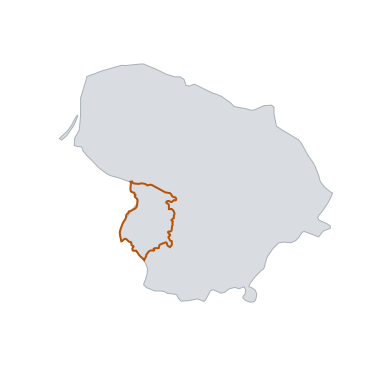 where Marijampoles sits in Lithuania, rotated 18°
{"feature_id": "LTU-1070", "entity_name": "Marijampoles", "entity_type": "County", "adm_level": 1, "iso_a3": "LTU", "parent_name": "Lithuania", "parent_adm1": "", "projection": "mercator", "projection_center": [23.274, 54.666], "detail": "fine", "context": "in_parent", "style": "outline", "palette": "amber", "viewbox_px": 384, "rotation_deg": 18, "n_neighbors": 0, "source": "natural_earth", "source_scale": "10m", "svg_char_len": 4712}
<svg xmlns="http://www.w3.org/2000/svg" viewBox="0 0 384 384"><g transform="rotate(18 192 192)"><path d="M139.9,260.7L137.9,256.6L135.7,249.3L135.9,243.5L137.2,237.6L143.1,220.3L142.7,217.5L138.5,212.6L133.2,209.1L130.2,201.6L119.5,201.2L109.4,201.6L106.2,201.2L96.5,198.1L87.2,193.0L81.0,190.0L75.8,186.7L73.0,183.2L68.5,184.1L65.5,184.1L65.5,183.5L63.8,177.3L65.6,167.8L62.4,153.8L57.0,136.9L56.7,118.8L56.3,114.7L69.3,104.4L85.8,93.3L89.6,92.3L104.7,85.7L106.8,85.2L120.4,86.4L131.2,88.0L140.2,87.8L145.2,86.1L149.7,87.5L153.4,92.5L157.1,91.9L160.8,88.7L181.1,91.6L185.6,91.5L190.8,92.0L200.3,95.0L205.8,97.7L217.8,96.1L222.9,96.0L225.6,94.9L233.9,87.5L237.5,86.2L240.8,84.8L243.8,86.0L245.8,92.3L251.9,103.3L258.6,105.2L277.0,109.4L280.7,111.6L291.1,121.3L297.3,126.0L301.3,129.7L307.3,137.1L310.8,142.4L316.6,146.4L323.5,149.1L326.0,149.5L325.8,153.4L324.7,160.0L322.4,168.4L319.9,174.9L319.4,177.5L321.2,179.5L330.2,180.5L334.1,181.6L334.8,183.4L332.8,185.6L329.9,187.5L328.6,189.3L326.3,195.6L311.3,194.8L309.3,196.0L308.4,199.0L307.6,202.3L305.6,206.3L301.6,209.8L295.4,211.1L290.3,213.4L286.5,220.7L283.6,230.4L283.7,237.3L284.1,241.1L283.7,243.3L281.8,245.7L278.7,252.0L276.1,259.0L275.1,262.8L275.6,264.5L278.5,264.6L282.7,266.0L284.9,268.8L285.7,272.0L285.7,275.4L284.9,277.3L281.6,278.7L276.4,278.7L273.3,277.1L272.7,275.8L274.1,272.5L273.1,268.3L270.9,266.0L266.5,269.5L262.3,269.5L257.2,272.6L253.9,277.5L250.7,279.3L242.2,278.3L240.0,280.5L238.3,290.5L237.2,292.4L230.1,292.0L223.2,296.0L215.3,299.2L211.4,296.9L209.2,294.4L204.9,294.9L200.3,296.0L197.2,295.4L193.7,295.6L186.9,297.6L178.5,297.0L174.8,295.3L174.5,293.7L174.8,289.8L174.7,283.8L173.3,278.4L169.3,273.7L165.0,270.4L159.6,267.0L155.5,265.5L153.3,265.1L152.8,263.1L152.0,261.4L150.1,259.9L146.1,257.9L142.7,257.4L139.9,260.7ZM52.0,182.9L49.2,182.2L54.7,172.4L56.8,165.9L58.3,156.8L59.6,153.9L59.7,158.1L59.1,165.0L55.6,176.8L52.0,182.9Z" fill="#d9dde1" stroke="#a8b0b8" stroke-width="1"/><path d="M147.9,258.7L147.3,258.7L144.4,257.2L143.4,257.0L142.2,257.6L140.9,260.0L140.0,260.7L137.0,255.5L135.7,252.6L135.5,249.4L135.8,242.9L136.9,238.9L137.1,237.4L137.0,236.4L136.7,234.5L136.7,233.7L136.9,233.1L138.0,231.5L138.0,231.2L137.9,230.8L137.8,230.4L137.9,230.0L138.1,229.8L138.5,229.7L139.0,229.3L139.8,228.8L140.2,228.4L140.9,227.2L142.4,226.1L143.1,225.3L143.8,223.8L143.9,222.4L143.7,220.8L143.0,217.4L142.6,216.3L142.0,215.6L139.1,214.2L138.7,213.6L139.2,212.4L138.6,212.2L138.1,211.7L137.8,211.1L137.4,210.7L137.0,210.6L134.3,210.6L133.5,210.2L132.9,209.1L132.2,207.2L131.4,203.4L130.9,201.7L130.4,201.2L131.8,200.5L132.2,201.0L133.1,201.6L133.3,201.7L134.0,201.8L138.1,201.0L139.6,200.4L140.1,199.9L142.5,199.1L145.0,198.8L147.6,199.5L148.3,199.1L148.9,198.5L149.9,198.1L151.4,197.7L166.8,200.6L171.3,199.9L172.3,200.2L174.8,202.3L175.9,202.4L177.0,202.3L178.1,202.4L179.0,203.2L179.3,204.0L179.2,204.7L178.9,205.1L178.5,205.2L177.9,205.2L177.6,205.3L177.3,205.4L177.1,205.6L176.8,206.1L176.3,207.1L176.0,207.5L175.7,207.8L175.3,207.9L174.9,207.9L172.8,207.7L172.3,207.8L171.7,208.1L171.4,208.3L171.0,208.7L170.7,209.2L170.7,209.7L170.9,210.2L173.3,210.8L173.8,211.4L174.2,211.9L175.3,215.4L176.5,215.1L177.7,214.5L178.4,214.6L179.3,215.0L180.6,216.1L181.6,217.2L182.0,217.7L182.1,218.2L182.1,218.7L182.0,219.2L182.0,219.7L182.2,220.6L182.5,221.3L182.6,221.7L182.8,222.6L182.2,222.9L182.1,223.1L181.9,223.5L181.7,224.1L181.2,224.7L181.1,225.1L181.3,225.4L181.6,225.4L182.1,225.4L182.5,225.6L182.9,226.1L182.8,227.0L182.9,227.5L183.2,227.9L183.4,228.2L183.6,228.7L183.7,229.4L183.5,230.4L184.4,234.3L184.4,235.2L184.1,235.9L183.6,236.2L182.4,236.6L181.9,236.9L181.6,237.3L181.6,237.6L181.8,237.9L182.1,238.1L182.4,238.3L182.5,238.5L182.8,238.8L184.2,239.3L184.6,239.9L184.5,240.3L184.2,240.8L183.8,241.3L183.5,241.9L183.6,242.4L183.9,242.8L185.0,243.6L185.6,244.4L186.1,244.9L186.7,245.0L187.5,244.9L187.9,245.0L188.2,245.6L189.0,248.1L189.1,248.9L189.0,249.5L188.6,250.1L188.3,250.6L188.0,251.3L185.5,250.6L184.6,249.7L184.2,248.9L183.4,248.1L182.9,248.0L182.4,248.1L178.4,251.4L177.9,251.8L177.6,252.4L177.5,253.2L177.5,253.8L177.6,254.7L177.6,255.0L177.6,255.6L173.9,257.0L173.4,257.4L173.1,258.0L173.3,258.3L173.9,258.7L174.0,259.0L173.9,259.4L173.5,259.7L172.0,259.9L170.8,260.4L170.1,261.0L169.2,262.1L168.7,263.5L168.5,264.2L168.2,265.1L168.0,265.7L168.0,266.3L168.2,266.8L168.2,267.3L167.8,270.0L167.6,271.5L166.6,270.7L162.7,269.2L160.9,268.1L157.8,265.6L157.0,265.1L156.0,265.4L154.8,265.9L153.7,265.9L152.8,264.6L152.8,263.7L153.1,262.8L153.3,262.0L153.0,261.6L151.3,261.4L150.8,261.0L150.5,260.4L150.3,259.8L150.0,259.1L149.5,258.6L149.0,258.5L147.9,258.7Z" fill="none" stroke="#b45309" stroke-width="2"/></g></svg>